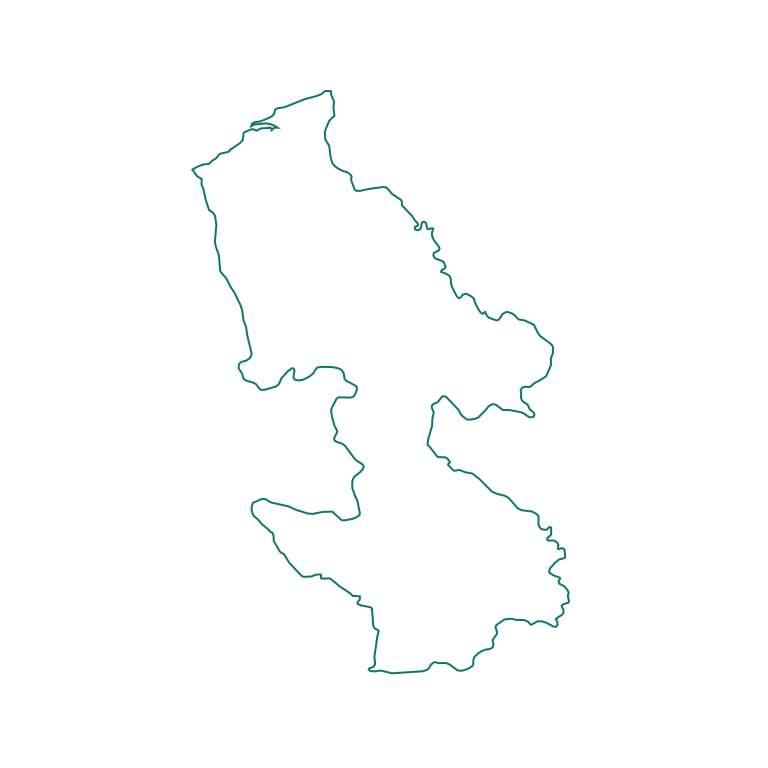 the border of Paraíba, rotated 248°
{"feature_id": "BRA-626", "entity_name": "Paraíba", "entity_type": "State", "adm_level": 1, "iso_a3": "BRA", "parent_name": "Brazil", "parent_adm1": "", "projection": "orthographic", "projection_center": [-36.992, -7.153], "detail": "fine", "context": "isolated", "style": "outline", "palette": "teal", "viewbox_px": 768, "rotation_deg": 248, "n_neighbors": 0, "source": "natural_earth", "source_scale": "10m", "svg_char_len": 6135}
<svg xmlns="http://www.w3.org/2000/svg" viewBox="0 0 768 768"><g transform="rotate(248 384 384)"><path d="M654.6,286.7L655.3,291.8L655.3,298.7L653.6,303.9L655.5,309.0L656.0,312.5L658.7,317.3L658.7,320.0L657.5,326.4L658.7,329.6L658.7,328.7L661.4,341.1L663.2,344.6L669.0,347.7L669.8,348.8L669.8,356.0L669.4,358.0L666.7,360.6L667.0,365.9L664.3,373.9L664.6,374.1L662.6,375.7L660.5,374.1L661.9,375.6L662.5,377.3L662.4,379.3L661.5,381.3L664.3,379.4L667.4,376.1L669.8,372.4L673.3,360.4L672.8,357.6L674.9,359.3L675.1,362.2L673.8,367.9L673.8,376.7L674.5,381.3L675.8,383.4L679.0,385.6L679.6,388.3L677.9,395.4L677.8,417.6L676.3,428.7L676.2,434.7L677.7,439.2L675.5,444.4L672.1,443.4L664.4,443.5L659.8,440.9L651.7,438.6L650.9,438.1L650.0,434.9L648.5,431.8L642.2,425.5L639.0,423.1L632.6,421.2L625.4,422.4L613.6,419.3L608.2,418.9L605.5,419.5L601.4,421.8L597.1,425.5L594.2,429.1L591.0,431.3L588.8,431.7L585.0,429.8L575.0,429.7L573.6,430.6L572.0,434.2L570.6,442.7L567.1,456.5L565.3,459.9L556.9,462.8L548.3,468.7L546.7,468.9L543.0,467.6L529.1,473.0L524.1,474.0L520.5,475.3L518.9,475.2L518.3,474.8L517.9,471.3L515.9,470.8L515.1,471.1L513.8,473.1L514.0,475.5L514.9,476.7L519.3,479.5L519.7,481.1L519.2,482.3L517.7,483.1L511.7,482.4L510.6,483.5L510.6,486.6L510.1,487.6L509.5,487.8L506.2,485.1L504.0,484.2L502.1,484.0L499.0,484.1L490.6,486.3L488.8,486.3L487.3,484.8L486.9,479.3L484.9,478.0L483.0,477.9L480.7,479.0L476.1,484.3L473.9,485.1L469.3,484.9L468.4,483.7L468.0,480.2L466.6,478.9L462.6,483.3L459.2,485.4L456.3,485.3L452.4,483.9L448.8,483.4L439.0,484.2L436.8,484.8L435.5,485.6L435.4,487.1L437.2,490.4L437.2,492.9L436.1,494.9L432.1,498.1L429.2,499.3L424.5,498.9L417.5,499.5L414.0,500.4L412.0,502.0L412.9,503.9L412.8,504.8L409.1,505.0L406.2,506.0L401.3,511.6L400.6,513.0L400.6,514.4L404.3,520.0L405.0,523.3L404.5,525.5L401.5,529.1L398.9,530.9L395.1,532.2L393.1,533.5L390.4,538.0L383.1,544.9L382.1,545.3L374.2,545.7L370.1,546.7L359.2,553.4L357.0,554.3L355.1,554.5L349.1,552.1L345.6,548.5L339.0,545.9L331.1,537.9L330.3,536.6L329.0,529.7L328.5,524.2L326.7,518.8L326.8,517.1L328.4,514.5L328.9,512.4L328.5,510.1L327.1,508.4L323.0,507.3L321.0,506.2L317.5,505.6L315.2,506.5L311.2,509.4L305.8,509.7L301.6,512.0L299.0,511.9L297.7,510.5L297.6,509.0L298.9,506.2L304.8,502.2L306.6,500.3L313.1,490.2L315.4,484.4L323.0,479.8L324.4,477.8L324.6,475.1L324.1,472.6L321.8,468.7L317.5,458.5L317.7,454.8L318.7,450.5L320.1,447.4L326.1,444.1L332.3,443.3L347.4,437.4L349.8,435.8L350.6,433.8L350.1,432.3L347.0,427.1L347.0,422.5L346.1,420.4L344.0,419.4L339.0,419.5L333.8,415.9L327.3,413.0L315.9,404.1L311.5,401.6L307.8,403.1L296.8,406.2L295.7,407.2L293.2,413.1L290.7,415.0L286.7,415.9L285.6,413.4L285.0,413.1L278.2,415.8L277.0,417.1L276.2,421.5L271.2,426.9L269.4,430.3L267.6,432.6L260.3,436.8L243.8,443.8L239.5,448.0L235.2,454.1L231.3,457.1L218.7,461.4L215.4,464.3L210.2,473.7L205.9,477.0L203.4,477.7L196.0,474.6L192.5,474.7L190.5,475.6L188.1,479.3L188.1,480.7L189.4,483.3L188.9,484.8L188.1,485.0L182.1,482.8L181.3,481.8L180.1,477.8L178.3,477.0L177.1,477.9L175.4,482.7L172.2,485.2L169.4,485.4L166.2,483.5L165.3,484.4L165.3,487.1L164.8,488.0L162.9,489.3L156.0,487.3L155.0,486.3L155.7,480.3L154.2,475.6L150.7,468.7L149.0,467.3L147.2,466.7L143.0,469.5L138.6,474.4L137.7,474.5L135.6,471.9L133.6,471.7L132.7,472.1L129.4,475.1L127.6,475.9L124.4,476.8L121.6,477.1L118.4,475.0L113.2,474.1L112.2,473.0L112.6,467.7L111.9,465.7L110.6,465.4L107.5,465.9L105.0,464.8L103.7,463.2L103.1,461.8L102.5,457.6L101.6,455.2L98.7,455.6L95.9,454.9L94.4,452.8L95.3,450.6L101.9,445.0L104.6,441.8L106.5,437.4L105.6,430.4L106.4,429.6L109.9,428.4L112.6,425.6L115.6,418.6L118.9,413.5L120.6,407.5L118.5,398.3L117.7,396.9L116.4,396.3L111.3,395.8L110.0,395.1L106.0,388.8L101.2,387.7L99.8,386.9L98.7,385.1L98.7,383.1L99.8,377.9L99.6,373.7L98.9,370.4L97.2,365.8L96.3,364.7L93.8,363.0L90.3,361.6L89.2,359.8L88.4,354.7L89.0,348.5L90.9,344.9L99.0,340.0L100.9,338.3L102.2,336.7L105.0,329.5L106.5,328.0L107.2,326.4L107.1,324.9L105.9,322.1L103.7,319.3L102.8,316.8L103.1,312.4L112.9,282.8L119.4,273.9L120.9,268.1L122.9,263.9L123.9,263.2L125.2,262.9L125.8,263.7L125.7,268.4L127.2,270.4L129.1,271.4L134.3,272.7L152.6,283.3L156.6,286.4L157.4,286.6L160.8,283.9L163.6,283.4L180.2,288.7L181.5,288.3L182.4,287.3L187.5,279.5L190.1,277.2L191.4,277.4L193.1,280.7L196.2,282.1L199.2,275.6L202.5,274.3L212.8,267.2L223.0,261.7L224.5,260.0L226.6,253.8L227.5,252.9L230.8,254.2L231.4,253.3L232.8,249.0L232.7,244.7L234.8,238.6L235.8,236.7L237.1,235.7L253.6,229.2L263.8,227.5L266.6,225.1L268.1,224.6L279.8,223.0L284.3,224.6L285.9,224.9L288.3,224.5L289.7,223.1L293.2,222.0L299.5,218.4L305.5,216.4L310.4,213.9L312.3,213.5L316.9,214.1L320.2,215.6L322.9,218.0L323.2,227.7L321.5,231.2L317.8,233.6L315.8,235.8L306.2,249.8L299.7,255.9L292.3,265.1L290.3,269.1L288.3,279.5L285.0,288.3L273.6,293.7L272.3,296.5L270.7,304.5L270.7,308.1L271.4,311.3L272.3,312.8L274.6,313.5L285.8,315.6L290.7,315.2L299.3,315.6L305.2,317.9L307.9,320.1L309.2,321.9L311.1,328.5L313.1,332.7L314.9,334.2L316.7,334.4L323.4,329.9L326.6,328.5L341.3,324.7L344.4,322.8L348.0,318.5L350.0,317.1L351.3,317.0L352.7,317.7L356.3,321.9L358.1,323.1L363.1,322.4L373.0,323.5L378.7,324.9L380.8,326.0L388.1,334.5L388.5,336.1L388.4,337.6L384.1,347.3L383.7,350.5L384.6,352.4L386.1,354.3L389.1,356.8L391.2,357.6L392.7,357.3L401.5,349.9L403.9,349.4L408.9,350.7L413.1,349.9L415.5,347.7L418.9,342.7L423.4,332.3L424.2,328.3L423.7,327.0L420.3,322.2L418.9,317.7L418.3,311.1L419.2,306.4L421.1,303.3L422.3,302.6L423.7,302.5L425.0,303.0L430.1,306.1L431.6,306.1L432.8,305.4L433.0,304.1L431.8,299.5L427.8,291.2L423.7,287.0L422.8,285.4L422.2,282.6L423.3,271.4L424.3,268.4L425.6,267.0L431.7,265.3L434.2,263.3L438.9,257.4L440.4,256.3L441.9,255.8L447.0,256.3L452.7,255.1L455.7,256.3L457.3,257.9L457.9,259.6L457.3,265.4L458.1,268.6L459.0,270.4L461.6,272.6L481.1,275.6L488.4,277.5L495.7,277.6L505.0,280.0L510.6,280.5L524.3,279.6L531.0,278.2L541.1,277.3L548.8,274.6L550.7,274.6L565.0,279.1L574.8,279.6L579.3,280.5L594.6,288.3L603.3,290.3L607.1,289.5L610.7,287.0L621.5,287.7L631.8,289.5L637.2,289.5L642.0,291.6L643.3,291.2L645.6,289.2L647.4,288.4L654.6,286.7Z" fill="none" stroke="#0f766e" stroke-width="2"/></g></svg>